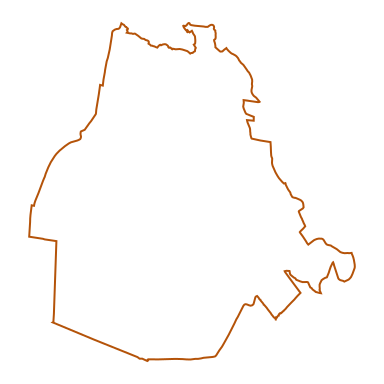 outline of Campia Turzii, Cluj, Romania
{"feature_id": "2599482B77881741819367", "entity_name": "Campia Turzii", "entity_type": "district", "adm_level": 2, "iso_a3": "ROU", "parent_name": "Romania", "parent_adm1": "Cluj", "projection": "orthographic", "projection_center": [23.883, 46.542], "detail": "fine", "context": "isolated", "style": "outline", "palette": "amber", "viewbox_px": 384, "rotation_deg": 0, "n_neighbors": 0, "source": "geoboundaries", "source_scale": "gbopen_adm2", "svg_char_len": 5835}
<svg xmlns="http://www.w3.org/2000/svg" viewBox="0 0 384 384"><path d="M351.6,252.9L349.0,253.2L347.9,253.0L344.6,253.2L342.4,252.8L340.4,252.1L336.7,249.1L332.0,246.4L330.8,245.5L328.1,245.0L326.6,244.4L325.6,243.2L323.6,239.9L322.6,239.0L321.7,238.7L318.8,238.6L316.8,239.0L314.8,239.8L314.0,240.2L312.7,241.2L308.3,244.6L307.1,243.2L305.9,241.1L302.8,236.4L300.3,233.0L299.8,232.1L300.8,230.9L303.0,228.8L305.2,226.3L304.7,225.0L303.5,222.7L303.0,221.2L302.5,220.4L302.0,218.9L300.9,216.9L298.8,211.7L298.8,211.4L299.0,211.0L302.9,208.4L303.6,207.3L303.3,204.4L303.0,203.0L302.6,202.1L301.3,200.6L300.0,199.8L296.8,198.4L295.5,197.9L294.9,197.9L293.0,197.4L292.2,196.9L290.7,194.2L290.4,192.9L290.1,192.2L288.6,190.2L287.7,188.7L285.7,184.6L285.6,184.3L285.6,183.6L285.4,183.1L283.9,183.5L282.2,181.9L279.0,178.2L277.5,175.9L275.5,172.4L272.6,165.8L272.1,163.8L272.0,162.5L272.2,158.8L272.1,158.2L271.5,156.8L271.2,155.4L271.0,152.2L270.8,146.7L270.5,142.1L260.4,140.5L251.7,138.6L251.4,138.2L250.8,136.1L250.4,134.5L250.4,133.1L250.2,131.8L250.1,129.5L249.9,128.2L249.6,127.4L247.6,122.6L247.1,120.7L247.0,120.1L253.7,120.7L253.8,116.9L246.3,113.9L245.4,112.6L243.7,108.5L243.2,106.6L243.8,102.8L243.6,100.1L257.5,102.1L258.6,102.1L259.3,102.0L259.6,101.8L256.2,97.7L253.8,95.9L252.8,94.6L252.2,93.6L251.8,92.7L251.5,91.6L251.5,90.0L252.2,86.5L252.2,85.7L251.9,84.1L252.2,81.4L252.1,79.5L250.6,75.5L249.8,74.0L249.1,72.6L247.8,71.3L246.7,69.6L243.4,64.9L240.6,62.5L240.3,61.7L239.2,60.5L238.1,58.2L236.5,56.3L235.5,55.5L233.2,54.2L231.8,53.6L230.9,53.0L228.6,50.9L226.9,49.0L226.4,48.1L224.1,49.8L222.4,51.4L220.7,51.6L220.0,51.4L215.4,47.3L215.4,46.0L215.1,44.0L214.8,42.7L214.2,41.0L214.1,40.0L214.2,39.8L215.2,39.1L215.5,38.6L215.7,37.1L215.6,35.0L215.7,33.2L215.3,31.7L215.3,30.5L214.2,29.6L213.8,28.8L214.1,27.5L214.0,26.5L213.4,25.4L212.5,24.9L211.7,24.8L210.9,24.9L209.6,25.5L207.7,26.9L205.7,26.9L203.6,26.5L194.8,25.7L191.2,25.1L190.3,24.7L190.0,24.3L189.5,23.3L188.9,23.0L188.5,23.1L187.6,23.8L187.0,24.8L185.9,25.7L185.6,26.1L183.5,25.7L183.3,25.8L183.4,26.4L183.6,26.9L184.5,28.4L186.1,30.4L186.4,30.6L187.2,30.0L187.7,30.4L187.7,30.7L187.1,31.7L187.3,32.1L187.6,32.2L188.6,31.5L189.6,32.4L191.9,30.8L192.3,31.5L192.9,33.0L193.4,34.0L194.6,35.7L195.0,36.6L195.3,40.1L195.3,41.5L195.2,42.8L195.1,43.5L194.6,44.1L193.8,44.6L195.8,47.9L195.2,49.0L195.0,50.8L194.9,51.3L193.5,52.0L192.7,52.9L191.2,53.0L190.2,53.6L188.5,52.0L187.3,51.1L182.3,49.5L179.7,49.0L175.6,49.3L173.4,48.8L172.9,48.9L172.4,49.3L172.2,49.3L171.8,49.0L171.7,48.5L171.2,48.4L170.9,48.0L170.3,47.6L169.9,47.4L169.2,47.8L168.8,47.7L168.3,47.1L168.0,46.0L167.8,45.7L166.2,44.5L165.2,44.2L164.4,44.2L162.7,44.5L161.0,45.3L160.4,44.8L159.9,44.9L158.7,45.8L157.3,47.6L156.1,47.2L154.4,46.4L153.1,46.1L152.2,45.7L150.9,45.6L150.0,44.6L148.5,43.7L148.5,43.4L148.8,42.5L148.8,41.9L148.6,41.4L148.3,41.0L147.5,40.5L145.6,40.0L144.1,38.9L142.3,38.7L141.3,38.4L138.3,35.9L135.1,33.7L134.5,33.6L133.0,33.9L131.5,33.4L130.0,33.4L126.8,32.7L127.4,31.9L127.6,31.4L127.4,30.9L126.9,30.0L127.8,29.2L127.9,28.7L127.6,28.3L126.7,27.7L126.3,27.0L125.7,26.9L125.3,26.6L123.9,24.8L122.7,24.3L121.4,23.3L120.2,26.8L120.0,27.3L119.2,28.4L118.2,28.9L116.6,29.0L114.9,29.6L113.2,30.8L112.6,31.3L112.1,33.0L111.9,35.6L109.7,49.5L107.8,58.0L106.7,61.3L105.1,70.0L104.9,71.6L104.9,71.9L103.5,79.6L102.8,85.6L100.1,84.9L99.6,88.7L99.4,90.1L98.8,94.4L96.3,109.5L96.0,113.1L95.8,114.1L91.1,121.1L89.3,123.3L84.7,129.8L81.0,131.4L80.7,131.9L80.5,133.7L80.6,134.9L80.9,135.9L81.0,136.6L80.9,137.5L80.5,138.6L80.2,139.1L79.0,139.8L77.4,140.5L71.0,142.3L68.9,143.4L64.9,146.2L59.6,150.6L56.4,153.9L54.7,156.1L50.8,162.2L48.3,167.3L45.7,173.7L44.7,177.0L44.2,178.0L43.0,180.9L38.5,193.0L35.3,200.8L34.5,203.3L34.0,205.8L31.7,205.3L30.5,214.8L30.2,218.4L30.1,222.1L29.2,236.7L42.9,238.8L44.7,239.4L56.4,241.1L53.9,313.8L53.4,321.7L53.5,321.9L52.7,322.4L94.0,339.6L137.5,357.1L139.6,358.7L142.3,358.7L147.3,361.0L147.9,360.6L147.5,359.9L148.2,359.3L158.1,359.4L175.7,358.9L182.7,359.1L186.4,359.4L190.5,359.5L195.0,358.9L197.9,358.9L201.1,358.4L203.5,357.8L212.2,357.0L214.0,356.7L215.3,356.3L216.3,355.2L219.3,350.4L222.0,346.7L223.5,344.1L228.7,334.8L234.5,323.3L236.3,319.4L237.8,316.9L243.4,305.8L244.3,304.7L245.1,304.3L245.8,304.2L247.1,304.5L249.1,305.3L250.6,305.7L252.4,305.2L253.5,304.1L253.9,302.8L255.4,297.2L256.0,296.5L257.1,296.0L258.6,297.7L259.3,299.0L259.7,299.5L260.4,299.7L260.6,300.5L262.9,303.2L263.6,304.3L263.7,304.7L264.1,304.8L266.7,307.8L267.8,309.4L270.8,313.2L271.6,314.6L272.6,315.7L273.2,316.6L274.5,317.9L275.0,317.9L275.6,318.6L275.6,319.1L275.7,319.5L275.8,319.5L275.9,318.5L276.2,318.2L275.9,317.6L276.0,317.4L276.5,317.7L276.8,317.7L277.1,317.3L277.2,316.7L277.8,316.2L278.2,315.6L278.8,315.5L278.8,315.2L278.7,314.9L279.1,314.1L280.2,313.6L279.9,313.3L280.0,313.2L281.4,312.9L281.7,312.4L282.3,312.2L282.8,311.4L283.6,311.0L283.9,310.5L285.5,309.0L287.2,306.9L291.4,302.5L294.5,299.4L295.1,298.6L297.6,295.8L300.5,292.9L289.2,277.7L285.0,271.9L284.7,271.2L286.5,270.8L289.5,271.0L289.7,271.8L289.9,273.5L290.1,273.8L290.2,274.3L290.5,274.8L293.9,277.6L294.8,278.0L295.6,278.6L295.9,279.3L296.2,279.7L296.8,280.0L299.1,280.9L300.0,281.3L302.6,282.1L307.0,282.0L307.8,282.2L308.1,282.5L310.3,287.4L311.6,288.1L312.5,289.4L315.3,291.5L315.6,291.9L319.6,293.0L320.9,293.2L319.5,289.9L319.8,289.3L319.6,286.3L319.6,284.7L320.1,283.3L321.6,280.2L323.2,279.0L325.1,277.9L326.9,277.3L328.8,272.6L329.5,270.3L330.7,266.8L332.3,263.5L332.7,262.6L333.1,262.3L333.8,264.1L334.1,265.5L334.7,267.3L338.3,278.4L338.8,279.1L340.2,280.1L343.2,280.9L344.3,281.6L348.2,279.8L349.1,279.2L350.5,277.7L351.1,276.9L352.5,273.9L354.6,268.1L354.8,266.9L354.7,264.6L353.9,259.9L353.3,257.5L352.5,255.3L351.9,254.1L351.6,252.9Z" fill="none" stroke="#b45309" stroke-width="2"/></svg>